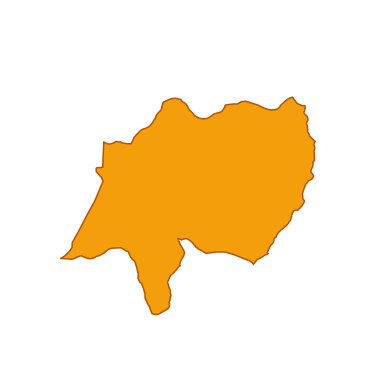 the district of Borsec, Harghita, Romania, rotated 226°
{"feature_id": "2599482B55641005837941", "entity_name": "Borsec", "entity_type": "district", "adm_level": 2, "iso_a3": "ROU", "parent_name": "Romania", "parent_adm1": "Harghita", "projection": "albers", "projection_center": [25.544, 46.966], "detail": "fine", "context": "isolated", "style": "filled", "palette": "amber", "viewbox_px": 384, "rotation_deg": 226, "n_neighbors": 0, "source": "geoboundaries", "source_scale": "gbopen_adm2", "svg_char_len": 6055}
<svg xmlns="http://www.w3.org/2000/svg" viewBox="0 0 384 384"><g transform="rotate(226 192 192)"><path d="M190.6,330.0L190.9,329.3L191.6,327.8L192.6,324.4L192.8,315.6L192.1,314.0L192.3,312.4L192.3,311.7L192.8,310.3L193.6,308.8L195.7,306.3L198.7,304.0L202.3,302.1L209.3,299.6L214.5,296.6L216.5,295.7L219.0,294.1L220.1,293.7L220.6,293.2L221.0,292.2L221.4,291.8L221.8,291.4L222.3,290.9L222.7,290.1L223.8,285.8L225.5,284.1L226.5,283.0L229.4,279.2L231.0,277.2L231.1,276.8L231.1,275.9L231.1,275.6L231.1,275.4L230.6,275.0L230.4,274.8L230.2,274.4L230.2,273.9L229.5,270.9L229.3,269.6L229.7,267.9L232.1,263.5L233.2,261.0L233.3,259.0L233.4,257.4L234.0,255.4L234.3,254.1L235.2,252.8L236.9,250.8L239.4,248.9L240.3,248.4L242.2,247.9L244.6,247.0L247.1,247.0L247.7,247.2L248.5,247.3L251.4,247.1L255.3,247.6L256.5,248.2L258.0,248.6L258.6,248.7L259.2,248.7L260.2,248.6L261.2,248.6L262.3,248.2L262.8,248.1L263.9,247.9L264.5,247.9L265.1,247.9L265.8,248.1L266.4,248.2L266.7,248.0L267.4,247.6L268.8,246.5L269.5,246.3L270.2,245.8L270.8,245.3L272.2,243.6L273.1,242.7L273.8,241.1L274.5,239.7L274.9,238.5L275.3,237.0L275.8,235.6L276.0,234.9L276.2,234.6L276.4,234.0L276.3,233.0L275.7,232.1L275.2,231.2L274.7,230.3L274.3,229.5L273.7,228.9L273.3,228.3L272.6,227.0L272.5,225.7L272.4,223.2L272.3,221.4L272.2,220.6L271.7,219.3L271.4,218.4L271.1,217.7L270.3,216.8L270.3,216.3L270.3,215.4L270.2,214.5L269.6,212.5L269.2,211.1L269.0,208.9L268.9,206.9L269.1,205.8L269.5,204.4L270.0,203.0L270.4,202.1L271.0,201.1L271.2,200.5L271.8,199.0L272.0,197.3L271.8,193.9L271.8,192.8L271.9,191.8L271.7,190.9L271.6,189.5L271.6,188.4L271.1,187.3L270.4,185.6L269.9,184.4L269.4,182.9L269.1,182.1L268.9,181.5L270.0,180.8L270.5,180.2L271.0,179.6L271.5,179.1L272.2,178.5L273.0,178.0L273.5,177.5L274.3,176.9L275.3,176.2L276.0,175.8L276.4,175.8L277.0,175.6L277.6,175.4L278.2,174.8L278.9,174.1L279.9,173.4L280.7,172.8L281.3,172.2L281.4,171.7L281.4,171.0L281.8,169.8L282.3,168.7L282.7,167.8L283.1,166.9L283.5,166.3L284.4,165.5L285.1,164.9L285.8,164.5L288.3,163.7L289.2,163.2L271.9,145.0L272.5,143.8L273.0,143.3L273.6,142.6L274.4,141.9L275.4,140.6L275.6,139.8L275.4,139.3L273.2,137.3L265.0,136.9L261.5,135.4L258.7,128.7L254.5,119.2L252.5,114.2L249.6,104.4L242.0,81.5L238.8,70.7L237.0,68.8L235.8,67.6L235.5,67.2L234.6,63.7L234.3,59.1L234.5,56.0L235.1,52.0L235.8,51.0L229.4,56.9L227.4,58.5L226.2,60.3L225.1,63.6L224.2,66.1L222.8,68.2L220.8,68.9L216.4,70.9L214.7,72.4L212.9,75.4L212.6,75.7L212.5,76.1L212.4,77.3L212.0,78.8L210.7,80.9L210.4,82.2L210.0,83.4L209.6,84.6L209.5,85.3L209.4,85.9L209.1,86.5L209.1,87.2L209.2,87.7L209.0,88.4L208.9,89.3L209.0,90.3L208.6,92.4L208.5,93.0L206.6,96.0L201.3,102.1L200.2,102.5L198.1,103.1L196.9,103.4L195.8,103.6L194.6,104.0L193.4,104.6L187.2,102.5L186.6,102.5L185.9,102.3L185.0,102.2L182.1,102.8L174.6,99.1L174.3,98.7L173.2,97.9L171.9,97.3L170.9,96.9L169.2,95.2L168.5,94.6L168.0,93.7L167.3,93.2L166.9,93.0L165.8,92.6L163.6,91.9L163.3,91.8L162.0,92.2L160.6,91.8L159.8,91.6L156.5,90.1L154.3,89.0L153.7,88.6L152.1,87.9L151.1,87.2L150.2,86.3L148.7,84.9L147.2,84.0L144.8,83.4L143.0,82.6L139.5,81.8L132.5,78.8L130.4,79.6L128.6,81.2L127.3,83.4L125.0,92.3L124.8,94.0L125.5,96.5L127.4,98.3L128.7,98.9L129.0,99.7L129.2,100.3L129.4,100.9L129.8,101.5L130.4,101.9L130.9,102.9L131.3,103.2L131.4,103.4L131.8,104.1L132.1,104.8L132.8,105.4L133.4,105.7L134.2,106.1L134.9,106.8L135.7,107.6L136.4,108.0L137.3,108.4L137.8,108.7L138.5,108.9L139.3,109.1L140.1,109.5L140.6,110.0L141.4,110.5L142.2,110.8L142.8,111.0L143.4,111.1L143.8,111.5L144.2,112.0L144.6,113.0L144.8,113.4L145.1,114.2L145.5,115.0L145.6,115.6L145.9,116.3L146.3,116.9L146.6,117.7L146.8,118.4L146.9,119.1L146.8,119.8L146.7,120.6L146.7,121.3L146.7,122.0L146.6,122.8L146.7,123.7L146.9,124.2L146.8,124.8L146.9,125.9L146.9,126.8L147.0,127.7L147.2,128.8L147.3,129.5L147.4,129.9L147.4,130.8L147.5,131.6L147.2,132.3L147.8,132.5L148.5,133.1L149.3,134.0L150.2,136.0L151.3,139.5L151.8,141.3L152.5,142.7L153.5,144.5L155.1,145.2L159.3,146.4L160.7,146.7L161.8,146.8L168.2,149.5L167.0,150.3L164.9,151.2L163.6,153.9L162.1,155.8L159.8,156.6L155.9,157.1L154.5,157.1L152.1,156.7L151.5,156.8L149.2,156.5L148.3,156.8L147.0,156.9L146.2,157.0L145.4,157.3L144.2,157.9L143.3,158.1L141.9,158.4L140.9,158.6L140.0,159.0L138.9,159.3L138.1,159.5L132.2,167.5L127.5,172.5L125.3,174.4L118.8,178.2L114.8,180.0L101.8,185.9L98.6,186.2L97.4,185.8L98.1,192.2L96.9,195.8L96.3,198.6L96.1,199.9L96.0,200.9L95.5,201.5L95.1,202.5L94.8,203.6L94.8,204.0L96.3,204.0L96.9,206.0L97.5,207.2L98.9,211.3L99.2,215.6L101.4,218.8L101.1,221.0L102.2,223.5L102.9,225.9L102.8,229.3L102.4,233.4L102.3,237.7L103.4,243.6L107.2,249.5L107.1,250.4L107.6,251.5L107.7,252.4L107.5,253.2L107.2,253.8L106.6,254.4L106.0,254.9L105.7,255.3L105.5,255.7L105.5,257.4L105.4,258.1L105.5,258.7L105.6,260.0L105.7,261.7L106.1,262.9L106.2,264.0L107.0,266.0L107.8,266.8L109.5,267.0L110.2,267.2L112.0,268.6L113.4,269.6L114.4,270.9L115.8,273.4L116.8,275.3L118.6,279.4L118.7,281.6L118.9,282.5L119.1,283.4L118.8,284.6L118.0,287.5L118.2,288.6L118.4,289.0L118.5,289.8L118.6,290.2L119.0,290.4L119.8,290.8L120.1,290.8L120.7,291.1L122.2,291.3L122.5,291.3L123.0,291.2L123.4,291.2L123.8,291.2L123.9,291.3L124.0,291.6L124.4,292.2L125.6,293.9L126.1,295.8L126.1,296.0L126.6,296.4L127.4,297.7L127.9,298.5L128.5,299.0L129.1,299.2L129.2,299.6L129.4,300.2L129.4,301.0L129.8,301.6L130.2,302.5L130.8,303.5L131.6,304.0L133.1,305.5L133.8,305.7L134.6,306.4L135.0,306.9L136.0,307.6L136.5,307.9L137.3,309.6L138.3,310.8L139.5,311.7L140.6,312.2L141.3,312.4L141.7,313.0L142.2,313.9L142.4,314.5L142.7,315.6L150.3,315.4L151.0,315.6L151.9,316.2L154.7,317.0L155.3,317.3L155.7,317.7L156.1,318.3L156.7,318.7L157.6,319.4L158.7,320.4L159.1,320.6L161.7,321.9L162.2,322.6L163.0,324.9L163.5,325.7L164.1,326.2L164.7,326.6L166.3,327.2L167.3,327.5L168.2,327.2L169.3,327.3L171.1,327.4L171.6,327.9L172.7,330.2L173.1,330.9L174.6,332.7L175.0,332.9L175.7,333.0L176.3,332.6L176.9,331.9L177.4,331.3L177.9,331.1L178.6,330.8L179.2,330.6L180.8,329.9L182.6,329.2L183.0,329.2L184.7,329.4L186.8,329.7L190.6,330.0Z" fill="#f59e0b" stroke="#b45309" stroke-width="1.5"/></g></svg>